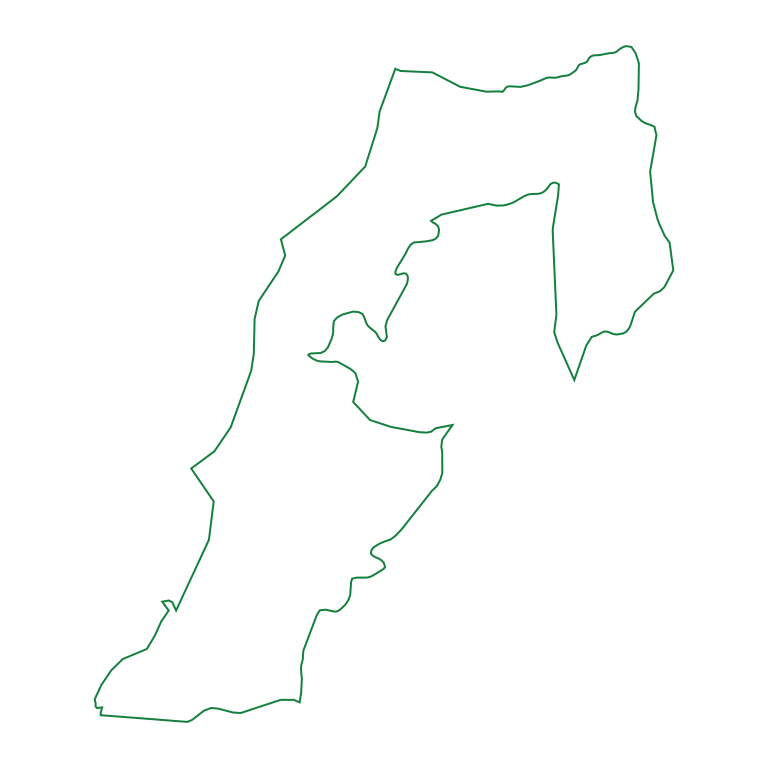 SVG path tracing the border of South Lebanon
{"feature_id": "LBN-3060", "entity_name": "South Lebanon", "entity_type": "Province", "adm_level": 1, "iso_a3": "LBN", "parent_name": "Lebanon", "parent_adm1": "", "projection": "albers", "projection_center": [35.407, 33.345], "detail": "fine", "context": "isolated", "style": "outline", "palette": "green", "viewbox_px": 768, "rotation_deg": 0, "n_neighbors": 0, "source": "natural_earth", "source_scale": "10m", "svg_char_len": 3343}
<svg xmlns="http://www.w3.org/2000/svg" viewBox="0 0 768 768"><path d="M299.6,702.4L294.0,699.9L280.8,699.8L240.7,713.0L233.0,712.5L217.6,708.5L211.1,708.0L204.1,710.6L192.1,719.9L187.4,721.9L100.7,715.2L100.7,713.1L102.1,707.4L97.1,708.1L95.6,706.5L95.6,703.3L94.7,699.3L101.4,684.9L111.2,670.4L122.8,659.0L146.8,649.0L154.6,636.1L161.3,621.4L168.7,610.5L162.2,601.7L168.8,600.5L172.3,602.2L176.1,610.5L208.9,539.9L213.7,501.4L191.2,468.5L214.4,451.3L230.7,427.3L251.2,370.8L253.8,353.8L254.6,319.0L258.7,301.0L278.4,271.5L285.2,255.5L280.9,239.3L337.0,196.2L365.2,166.5L377.3,128.3L379.6,111.6L395.3,68.8L400.7,71.0L432.4,72.4L460.2,86.8L486.6,91.7L498.4,91.4L502.6,91.8L504.3,90.0L505.4,88.1L507.1,86.7L510.0,86.3L520.6,86.9L528.3,85.1L540.9,80.4L542.9,79.4L546.9,77.8L549.6,77.5L555.4,77.8L562.6,76.0L567.4,75.5L569.6,74.8L574.8,71.2L576.3,69.7L578.4,65.9L579.8,64.4L584.5,63.0L586.5,62.1L587.8,60.5L588.8,58.6L590.2,56.9L592.2,55.8L594.3,55.3L599.5,55.1L609.2,53.2L611.9,53.1L614.5,52.6L617.0,51.4L619.7,49.0L623.0,47.1L626.5,46.1L631.4,47.0L635.7,53.3L638.9,63.4L638.5,89.4L637.5,100.3L635.3,108.2L635.0,111.9L636.5,116.2L641.5,120.9L644.9,123.0L650.4,124.9L654.5,126.8L655.5,131.6L656.5,135.0L650.1,171.6L653.1,202.3L657.5,219.1L659.3,224.0L664.7,235.8L669.6,242.7L673.3,270.4L664.3,287.2L660.0,291.2L653.6,293.8L635.0,311.7L630.4,325.5L629.2,328.1L626.5,331.5L623.0,333.5L616.8,334.5L613.5,334.1L610.8,333.1L608.8,332.1L606.5,331.5L604.1,331.6L602.1,332.4L598.4,334.6L596.3,335.5L591.7,336.9L586.3,345.5L574.3,380.0L557.6,342.7L554.2,332.2L556.4,314.8L552.7,231.0L552.9,227.5L558.1,195.5L558.9,184.5L558.7,184.3L558.4,184.0L557.5,183.5L555.5,182.7L553.2,182.7L550.4,184.1L550.2,184.4L547.9,187.6L545.8,190.0L543.2,192.2L540.2,193.4L537.3,193.9L531.1,194.0L527.7,194.7L524.7,195.9L512.7,202.8L506.5,204.8L503.2,205.5L496.3,205.6L488.1,203.8L441.5,214.6L431.1,220.8L432.8,222.5L435.5,223.8L438.0,226.2L439.1,229.8L438.1,236.0L435.6,238.7L432.8,240.1L425.9,241.4L413.7,242.5L410.7,244.7L408.0,248.6L405.5,253.8L396.8,268.0L395.3,272.1L395.8,274.2L397.9,274.9L403.6,273.3L406.0,273.6L407.6,275.7L407.9,278.4L407.5,281.6L406.6,284.5L387.2,320.0L385.5,326.3L386.9,337.3L385.0,340.6L382.7,341.3L380.4,339.9L377.8,336.1L376.7,333.8L374.8,331.6L369.8,327.6L367.5,325.3L366.1,322.6L364.1,316.9L362.5,314.0L358.6,312.1L353.1,311.6L342.2,314.6L337.0,317.6L334.1,320.8L333.5,323.8L333.1,329.3L333.3,331.0L332.8,334.7L331.4,339.3L327.9,347.4L324.7,351.1L320.7,353.0L310.5,353.5L308.3,354.8L309.3,356.1L311.7,358.0L314.5,359.6L317.5,360.9L320.5,361.4L332.6,362.0L335.4,361.6L338.3,362.1L349.9,368.6L352.7,370.7L355.4,373.3L358.1,381.6L353.2,402.0L370.1,420.1L391.0,426.9L419.6,432.2L426.6,432.6L430.9,431.8L435.8,428.2L452.5,425.0L442.2,439.5L441.3,446.7L442.2,451.9L442.3,473.0L440.3,479.7L436.8,486.1L431.8,491.0L401.9,529.0L395.9,535.4L390.7,539.4L383.6,541.9L379.3,543.8L373.2,547.6L371.2,550.7L370.9,553.6L372.9,555.8L375.6,557.3L378.4,558.4L381.3,560.2L383.6,562.4L385.1,567.0L383.6,568.9L373.0,575.5L369.7,577.0L366.7,577.6L356.6,577.6L352.1,578.7L351.1,582.1L350.2,595.2L348.3,600.2L345.6,604.4L340.6,609.2L338.8,610.5L336.6,611.5L333.9,611.5L325.7,609.7L319.8,610.3L316.8,615.0L303.5,650.3L303.1,653.2L302.8,659.2L301.3,665.2L301.0,668.1L301.4,675.0L301.9,678.4L301.1,693.1L299.6,702.4Z" fill="none" stroke="#15803d" stroke-width="2"/></svg>